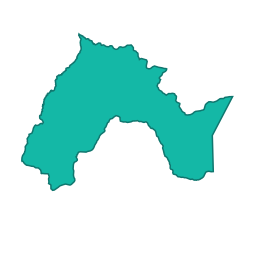 Puracé (Coconuco), Cauca, Colombia (Natural Earth projection), rotated 16°
{"feature_id": "7082276B15347498266609", "entity_name": "Puracé (Coconuco)", "entity_type": "district", "adm_level": 2, "iso_a3": "COL", "parent_name": "Colombia", "parent_adm1": "Cauca", "projection": "natural_earth1", "projection_center": [-76.434, 2.262], "detail": "fine", "context": "isolated", "style": "filled", "palette": "teal", "viewbox_px": 256, "rotation_deg": 16, "n_neighbors": 0, "source": "geoboundaries", "source_scale": "gbopen_adm2", "svg_char_len": 5672}
<svg xmlns="http://www.w3.org/2000/svg" viewBox="0 0 256 256"><g transform="rotate(16 128 128)"><path d="M118.8,123.5L121.9,123.5L124.0,122.8L126.0,122.8L129.3,121.2L130.6,120.0L134.0,118.9L134.9,118.3L137.1,118.7L138.8,118.1L141.3,118.3L142.5,117.9L143.2,117.2L143.7,117.1L145.3,117.7L147.0,119.9L148.8,120.9L149.7,121.8L151.0,121.9L151.4,121.6L154.7,122.9L155.2,123.4L155.9,124.3L157.8,127.8L159.6,128.4L161.3,131.0L164.0,133.8L165.2,134.3L166.6,135.4L166.8,136.0L166.7,137.2L166.9,137.9L168.1,139.6L170.1,143.2L171.0,144.3L171.3,144.9L172.7,145.2L174.0,145.9L175.1,147.3L176.9,149.1L177.4,149.8L177.8,151.0L178.9,152.2L179.6,155.0L180.5,155.8L182.2,155.9L182.6,156.2L183.2,157.2L183.3,158.4L184.0,159.6L184.5,159.8L187.0,159.7L187.7,160.0L189.2,161.0L189.7,161.1L190.5,160.8L193.0,160.7L194.3,160.2L196.2,160.2L197.3,159.8L202.2,160.2L204.0,159.4L205.6,159.8L206.2,159.8L207.2,159.4L208.0,159.4L208.9,158.7L210.1,158.4L211.6,157.2L211.9,156.6L212.6,156.2L213.9,154.3L214.1,153.8L214.7,150.3L215.0,149.2L215.5,148.4L217.6,147.3L220.1,147.1L222.0,146.4L211.1,111.9L219.9,69.0L217.0,69.9L214.8,71.0L213.3,71.6L212.7,71.9L212.2,72.8L211.6,73.4L209.2,74.1L208.4,74.5L205.8,77.7L203.1,79.6L201.8,79.9L200.1,80.0L198.4,80.6L196.6,83.0L196.0,84.5L196.0,88.5L195.9,89.3L195.2,90.0L193.4,91.0L193.0,91.4L188.4,93.4L187.2,94.6L186.7,95.6L185.5,97.0L184.1,98.1L181.3,99.2L179.4,99.4L178.4,97.9L176.8,97.6L175.3,97.0L174.2,95.8L171.7,93.7L171.2,93.0L171.2,90.6L171.0,90.1L168.2,89.8L167.4,89.4L166.2,88.4L166.3,86.7L165.9,84.4L165.2,83.7L164.4,83.6L163.7,82.6L163.2,82.3L161.9,82.3L160.8,82.5L159.8,83.1L157.6,83.7L155.7,85.9L153.1,84.9L151.7,84.7L150.2,83.5L148.1,83.1L147.3,82.7L146.7,82.3L146.2,81.2L144.8,80.2L144.3,79.3L144.5,78.9L144.5,77.3L144.6,76.8L145.5,76.2L145.7,75.8L145.7,73.7L145.9,72.4L145.3,72.3L144.5,71.7L144.3,71.2L144.4,70.6L146.0,67.9L146.2,65.4L148.3,63.3L148.8,62.3L149.0,61.5L148.9,60.5L148.0,60.4L146.5,60.8L143.9,60.8L140.8,61.2L136.4,61.1L134.9,62.3L133.4,64.4L132.7,64.9L131.8,65.4L129.7,65.3L129.0,64.8L128.4,62.9L128.1,58.8L127.0,57.5L121.8,57.5L121.2,57.8L120.1,59.0L119.7,58.2L117.9,56.3L117.2,54.0L116.6,53.2L115.5,52.9L114.4,52.0L112.1,51.9L111.7,51.6L111.0,49.3L110.2,48.6L109.8,48.5L109.4,48.0L108.1,47.3L107.2,47.8L104.6,48.6L103.8,49.3L103.5,50.1L102.6,51.0L100.8,52.0L99.1,52.0L98.0,52.2L97.2,52.9L96.6,54.4L96.1,55.0L95.1,55.6L94.3,55.8L92.2,55.4L90.2,53.6L89.6,53.5L88.4,53.8L87.9,54.1L87.4,54.9L86.9,55.3L85.1,55.6L83.8,55.6L82.9,55.1L81.6,54.9L81.1,55.0L80.1,55.8L79.6,55.8L78.3,54.2L77.6,54.1L77.1,54.4L76.4,54.4L74.5,56.4L73.7,57.0L73.0,56.8L72.7,56.5L72.4,56.6L72.2,56.4L71.6,56.8L71.0,55.9L70.4,55.8L69.6,54.9L69.6,54.5L69.1,54.2L67.7,54.3L67.3,54.1L67.0,54.4L66.1,53.9L65.7,53.3L65.3,53.3L64.3,53.4L63.8,53.9L62.7,53.9L61.6,53.0L59.6,52.6L59.3,52.1L58.8,52.0L58.3,52.2L57.9,51.9L57.6,52.0L57.2,51.8L55.7,51.6L55.0,51.2L55.1,52.4L55.6,52.8L56.9,54.4L58.0,55.0L58.3,55.4L58.4,56.1L58.3,57.2L58.6,59.3L59.2,60.4L59.3,60.9L59.8,62.0L60.7,63.1L60.7,63.8L61.0,64.2L61.3,65.5L61.1,66.8L60.8,67.5L61.1,68.8L60.2,70.1L59.7,71.8L59.3,74.1L59.9,74.7L58.9,77.2L58.6,78.5L58.1,79.7L57.5,80.0L57.5,80.6L56.6,81.6L56.0,82.7L55.2,83.4L55.2,83.9L54.8,84.4L55.0,85.6L54.3,86.4L53.2,86.8L52.0,87.8L52.0,88.0L52.6,89.6L52.0,89.9L51.7,91.1L50.4,92.3L50.2,93.5L49.4,94.0L49.7,95.0L49.1,95.4L48.1,95.5L47.8,96.4L46.7,96.3L46.4,97.0L45.4,98.1L45.5,98.8L46.0,99.3L46.1,100.5L45.9,100.9L45.6,100.8L45.4,101.0L45.0,102.6L45.7,103.7L45.8,104.3L46.5,105.6L46.4,106.2L47.2,107.3L46.6,108.9L46.8,111.6L46.3,112.6L45.5,113.2L44.8,112.9L44.4,113.2L43.9,112.9L43.5,113.3L43.8,113.9L43.8,114.2L43.5,114.5L43.2,114.4L42.8,115.8L42.2,116.6L41.5,116.7L41.5,117.3L41.1,117.7L41.4,118.0L41.6,118.5L40.5,119.2L40.8,120.1L40.2,121.1L39.9,122.2L39.9,123.4L39.6,123.4L39.5,123.9L39.8,124.5L39.8,126.5L40.2,126.9L40.6,128.3L40.5,128.9L40.1,128.1L39.6,128.9L39.8,129.6L39.8,130.8L40.8,132.1L40.8,132.6L40.5,133.1L40.4,134.2L41.2,135.4L41.1,135.7L40.7,135.8L40.6,136.1L40.8,138.0L40.7,138.8L41.0,139.5L39.8,140.3L39.8,140.9L40.4,142.8L41.4,143.6L43.1,143.9L44.7,145.4L45.1,146.1L44.7,146.9L44.6,147.5L44.3,147.6L43.7,147.4L42.8,147.8L42.0,148.7L41.7,149.4L40.5,150.4L39.1,150.8L38.4,150.6L38.2,150.8L37.6,151.9L37.3,153.5L37.1,154.1L37.3,157.4L37.1,158.2L37.2,159.1L36.2,160.2L34.6,161.4L35.1,162.7L34.0,166.1L34.9,168.1L35.0,169.1L35.8,170.2L35.7,170.8L35.2,171.3L34.8,173.1L34.4,173.8L34.4,174.6L35.0,175.9L35.4,178.5L35.2,178.9L35.3,180.4L34.9,181.6L35.0,182.1L34.4,183.0L34.3,183.6L34.3,185.9L34.9,188.6L35.3,189.2L35.7,188.9L36.3,189.1L38.2,190.7L40.6,191.7L43.0,191.4L46.0,191.3L48.0,190.9L50.0,191.7L52.9,191.1L55.5,192.4L56.7,194.3L56.9,195.4L57.3,195.6L57.7,195.6L57.9,195.3L60.0,195.0L63.6,194.1L64.1,194.2L65.5,196.2L65.8,197.0L65.6,198.2L65.7,198.8L66.0,199.7L66.9,201.7L67.0,203.3L68.9,203.7L69.6,204.1L70.7,207.7L71.8,208.0L72.2,208.5L72.7,208.7L74.3,207.9L77.3,204.2L78.4,202.5L81.0,200.6L83.4,199.1L87.5,198.9L88.5,198.5L89.3,197.5L90.9,194.8L91.3,193.6L91.3,192.9L90.7,191.4L90.2,191.1L89.3,189.9L88.5,188.2L87.7,184.2L86.5,182.4L85.6,178.2L85.7,176.2L85.9,175.7L87.4,174.3L88.1,173.0L87.9,172.1L86.4,170.5L86.0,169.8L86.6,169.0L86.3,168.0L86.8,166.9L87.0,165.2L87.3,164.8L88.7,164.0L94.4,162.7L95.6,161.7L98.0,160.4L99.0,159.5L99.8,158.6L100.4,157.0L100.7,155.2L100.7,153.9L101.7,150.3L101.6,149.2L102.2,148.0L102.6,146.4L102.9,144.7L102.9,143.3L103.8,141.4L106.5,137.8L106.4,136.5L105.6,135.8L105.6,135.2L105.9,134.0L106.4,133.2L106.9,128.7L107.3,128.0L107.8,127.6L108.0,125.5L108.4,124.4L108.7,124.1L110.2,123.3L111.7,121.0L113.1,119.4L115.4,119.4L116.8,119.7L117.5,120.2L117.9,121.7L118.8,123.5Z" fill="#14b8a6" stroke="#0f766e" stroke-width="1.5"/></g></svg>